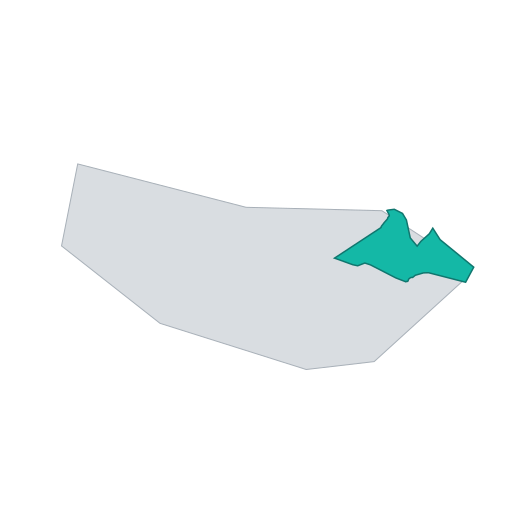 Saint John on a map of Dominica (Robinson projection), rotated 116°
{"feature_id": "DMA-1435", "entity_name": "Saint John", "entity_type": "Parish", "adm_level": 1, "iso_a3": "DMA", "parent_name": "Dominica", "parent_adm1": "", "projection": "robinson", "projection_center": [-61.45, 15.568], "detail": "fine", "context": "in_parent", "style": "filled", "palette": "teal", "viewbox_px": 512, "rotation_deg": 116, "n_neighbors": 0, "source": "natural_earth", "source_scale": "10m", "svg_char_len": 958}
<svg xmlns="http://www.w3.org/2000/svg" viewBox="0 0 512 512"><g transform="rotate(116 256 256)"><path d="M332.2,435.2L251.4,456.6L216.6,286.3L160.1,162.7L169.8,85.4L180.0,56.1L299.1,103.5L336.0,161.1L358.6,312.7L332.2,435.2Z" fill="#d9dde1" stroke="#a8b0b8" stroke-width="1"/><path d="M157.7,158.3L156.9,157.5L153.4,152.2L153.5,143.0L157.7,136.6L172.1,125.3L176.5,115.5L170.5,114.2L160.1,110.0L153.5,109.3L160.6,97.7L170.6,55.4L187.7,56.1L195.4,93.6L197.7,98.0L203.5,104.4L206.6,105.8L206.8,106.2L207.2,107.1L207.6,107.5L207.9,107.7L209.4,108.5L209.9,108.6L210.7,108.6L211.1,108.5L211.4,108.5L211.7,108.4L212.0,108.5L212.5,108.8L213.1,109.9L213.5,110.0L214.4,120.7L213.8,149.3L214.6,155.1L220.2,160.3L221.4,165.1L223.5,184.5L175.6,156.1L175.3,156.3L174.7,156.3L174.1,156.3L170.4,155.5L170.0,155.5L165.5,154.2L164.8,154.1L164.0,154.3L163.4,154.3L161.5,153.8L160.9,154.2L160.5,154.5L157.7,158.3Z" fill="#14b8a6" stroke="#0f766e" stroke-width="1.5"/></g></svg>